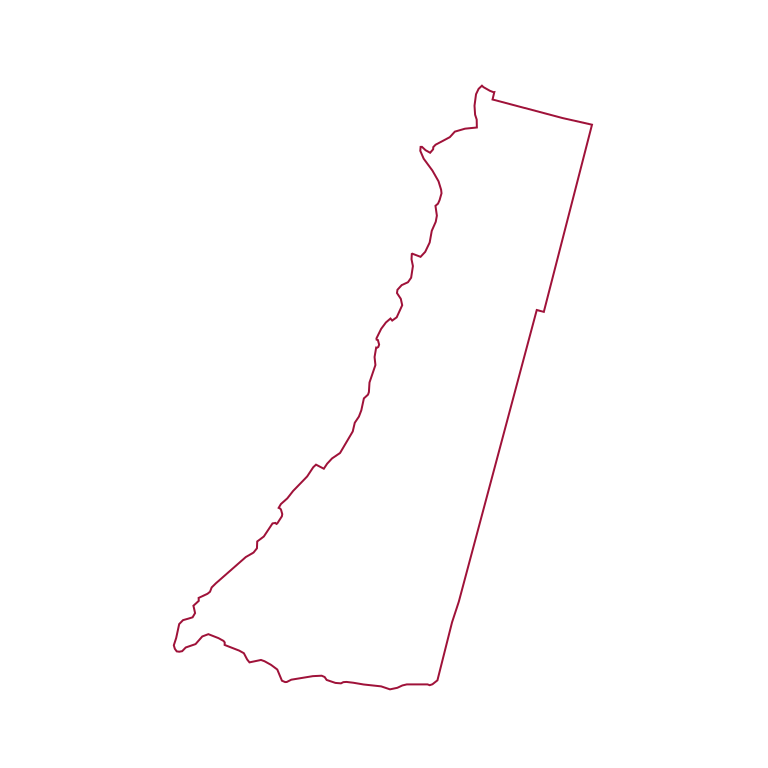 outline of Clallam, Washington, United States of America, rotated 285°
{"feature_id": "52423323B36348564143669", "entity_name": "Clallam", "entity_type": "district", "adm_level": 2, "iso_a3": "USA", "parent_name": "United States of America", "parent_adm1": "Washington", "projection": "orthographic", "projection_center": [-123.997, 48.129], "detail": "fine", "context": "isolated", "style": "outline", "palette": "rose", "viewbox_px": 768, "rotation_deg": 285, "n_neighbors": 0, "source": "geoboundaries", "source_scale": "gbopen_adm2", "svg_char_len": 2055}
<svg xmlns="http://www.w3.org/2000/svg" viewBox="0 0 768 768"><g transform="rotate(285 384 384)"><path d="M694.5,415.0L694.2,414.3L694.6,410.5L696.5,403.2L697.5,401.4L693.6,399.0L687.7,397.9L676.2,399.4L667.7,402.3L663.4,405.1L655.8,407.3L651.6,396.2L646.1,387.1L639.5,383.7L628.5,371.9L625.6,370.3L623.4,370.7L619.3,368.7L620.6,363.6L622.9,359.3L622.5,358.0L618.6,358.7L611.9,364.0L602.7,375.5L593.9,384.2L586.4,388.9L583.1,390.2L576.1,390.1L572.2,389.5L569.4,387.6L560.3,391.5L554.1,392.0L544.3,390.5L532.5,391.5L522.3,389.6L516.3,386.4L517.2,377.6L516.8,377.2L511.6,378.3L505.4,381.4L493.7,382.7L488.5,380.8L484.1,375.5L478.5,372.6L475.2,373.0L470.6,378.2L464.8,381.2L451.7,379.0L447.4,375.5L448.9,373.3L443.9,369.9L436.6,367.0L426.1,364.9L424.9,365.4L424.9,366.7L420.8,369.1L418.3,368.9L417.3,368.0L417.2,367.0L407.6,367.9L400.1,370.8L381.7,369.6L372.3,371.5L369.6,371.3L364.9,368.3L352.7,368.9L346.0,368.2L339.0,365.8L330.1,366.1L306.0,359.4L298.7,353.1L292.3,349.7L286.6,347.8L288.5,339.2L285.3,337.2L274.8,333.7L257.2,323.9L248.5,320.2L241.4,315.5L237.1,314.3L236.7,316.2L235.7,317.2L232.0,319.4L229.8,319.6L221.7,317.0L221.0,316.3L221.3,315.7L221.7,315.1L220.5,312.4L205.6,307.4L199.1,302.3L192.4,303.8L187.4,301.6L181.1,295.3L148.0,273.2L142.9,270.2L138.3,269.7L135.7,267.8L129.4,260.3L126.6,261.2L120.5,257.3L117.5,258.9L113.8,260.8L109.1,259.5L106.7,255.7L103.9,251.0L99.1,248.3L84.9,249.0L77.2,248.6L74.1,250.5L72.1,253.0L72.4,255.5L73.7,258.2L78.2,260.7L84.0,269.3L93.1,273.8L96.9,279.1L95.7,289.8L94.3,295.5L93.2,297.0L90.7,297.6L89.0,313.1L87.7,318.3L82.5,323.1L80.3,326.1L80.6,326.7L85.6,336.6L85.3,340.3L83.5,347.5L80.6,354.8L71.0,362.2L70.5,365.6L71.0,367.2L74.4,371.0L83.4,390.9L86.1,399.3L85.6,402.5L83.3,405.2L82.7,414.4L83.7,419.9L85.5,421.9L86.5,424.8L87.5,431.7L88.5,442.2L91.2,459.5L90.6,468.8L94.0,475.5L97.6,479.8L99.8,483.9L105.1,503.8L104.9,506.1L106.5,508.5L111.6,512.3L171.4,511.4L193.1,512.6L495.0,512.4L495.0,519.7L688.3,517.8L687.1,487.7L686.9,415.2L694.5,415.0Z" fill="none" stroke="#9f1239" stroke-width="2"/></g></svg>